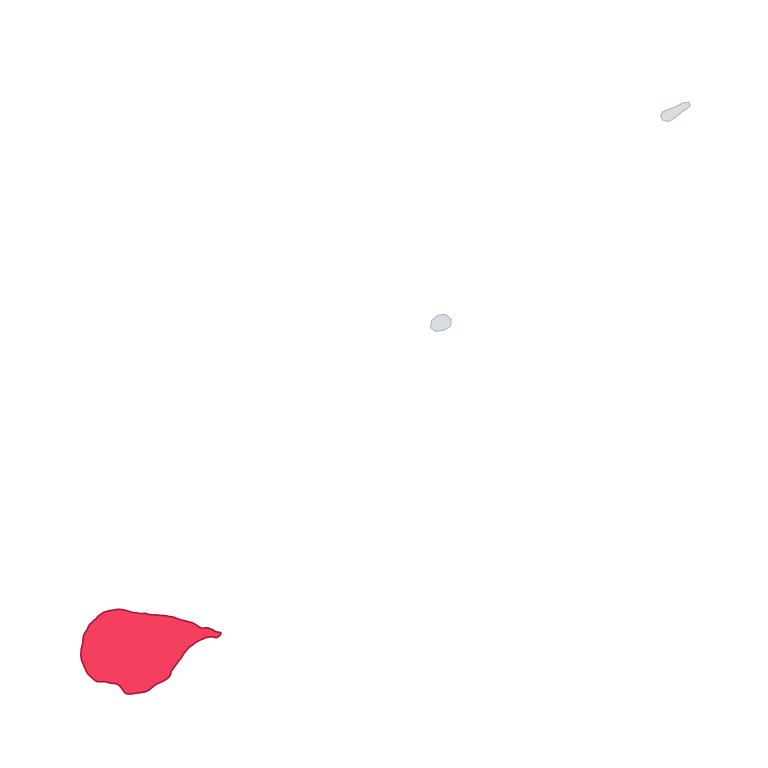 location of Hadhdhunmathee, Maldives, rotated 43°
{"feature_id": "70690204B84265710008928", "entity_name": "Hadhdhunmathee", "entity_type": "district", "adm_level": 2, "iso_a3": "MDV", "parent_name": "Maldives", "parent_adm1": "", "projection": "natural_earth1", "projection_center": [73.435, 1.956], "detail": "fine", "context": "in_parent", "style": "filled", "palette": "rose", "viewbox_px": 768, "rotation_deg": 43, "n_neighbors": 0, "source": "geoboundaries", "source_scale": "gbopen_adm2", "svg_char_len": 3718}
<svg xmlns="http://www.w3.org/2000/svg" viewBox="0 0 768 768"><g transform="rotate(43 384 384)"><path d="M413.3,-2.3L408.3,0.8L403.6,-0.4L402.0,-4.4L404.4,-10.2L408.3,-17.7L411.0,-25.8L415.0,-30.1L418.0,-28.7L417.7,-24.1L416.2,-17.9L415.3,-9.8L413.3,-2.3ZM385.7,310.4L379.5,311.1L375.7,305.3L376.5,297.0L381.3,291.2L388.9,290.8L393.3,296.0L391.0,304.1L385.7,310.4Z" fill="#d9dde1" stroke="#a8b0b8" stroke-width="1"/><path d="M366.8,798.1L368.8,798.0L370.4,798.1L372.0,798.1L373.3,798.0L374.9,797.9L376.4,797.6L377.8,796.8L378.9,796.0L380.0,794.8L381.2,793.8L382.4,792.5L383.7,791.6L385.3,790.8L386.4,790.2L387.9,789.5L389.3,788.4L390.8,787.1L392.0,786.4L393.4,785.6L395.4,785.1L397.3,785.1L399.0,785.5L400.4,785.7L402.1,786.0L403.5,786.4L405.0,786.6L406.7,786.3L408.9,784.7L411.4,782.2L412.3,780.9L413.1,779.7L413.8,778.9L414.7,777.9L415.5,777.0L416.7,775.5L417.7,774.1L418.8,772.7L419.8,771.1L420.6,768.9L420.9,767.8L421.2,766.5L421.2,764.7L421.6,763.6L421.6,762.3L421.8,761.3L422.1,759.9L422.6,758.2L423.1,756.9L423.7,755.5L424.3,754.2L424.7,753.3L425.0,752.3L425.5,750.8L425.8,749.8L426.2,748.4L426.5,747.0L426.6,746.0L426.7,745.3L426.6,744.2L426.4,742.9L425.7,741.5L425.2,740.9L424.7,739.7L424.2,738.3L424.1,736.7L423.9,735.3L423.7,734.3L423.6,733.2L423.4,731.4L423.3,730.2L423.0,728.9L422.9,727.6L422.8,726.2L422.7,724.6L422.6,723.0L422.4,722.3L422.1,720.6L421.6,718.2L421.4,716.8L421.3,715.6L421.2,713.6L421.1,711.8L421.0,710.5L421.2,709.6L421.3,707.9L421.6,707.0L421.9,705.6L422.2,704.1L422.4,702.0L422.7,700.7L423.1,699.7L423.6,698.3L424.1,697.0L424.7,695.6L425.2,694.6L425.7,693.7L426.2,692.3L426.6,691.3L427.4,690.1L428.0,689.3L428.5,688.7L429.0,688.1L429.5,687.4L430.1,686.8L430.6,686.3L431.4,685.7L432.1,685.4L432.7,685.1L433.4,684.7L433.8,684.4L434.3,683.9L434.8,683.3L435.0,682.7L435.2,682.1L435.3,681.1L435.4,680.3L435.4,679.6L435.4,678.9L435.3,678.5L435.1,678.0L435.0,677.7L434.8,677.5L434.5,677.2L434.2,677.2L433.8,677.3L433.5,677.4L433.1,677.7L432.6,678.1L432.1,678.4L431.4,679.0L430.4,679.5L429.5,679.9L428.5,680.2L427.3,680.3L425.9,680.6L424.8,681.1L423.2,681.7L422.3,682.0L421.3,682.6L420.5,683.2L420.0,683.6L419.5,684.3L418.9,685.2L418.3,685.7L417.7,686.4L416.9,687.1L416.0,687.4L415.3,687.6L414.4,687.8L412.0,688.1L410.8,688.3L409.5,688.5L408.1,688.8L406.9,689.2L405.7,689.8L404.0,690.6L402.4,691.5L401.1,692.3L399.6,693.0L397.9,694.0L396.3,695.1L394.5,695.8L393.0,696.4L391.9,696.9L390.4,697.4L388.8,698.1L387.5,699.1L385.8,700.3L384.1,701.2L382.7,702.1L381.3,703.1L379.6,704.4L378.3,705.8L377.1,706.5L375.6,707.5L374.3,708.6L373.3,709.7L372.2,710.7L371.2,711.4L369.9,712.4L369.3,712.9L368.5,713.2L367.7,713.5L366.7,714.0L365.1,715.0L364.3,716.0L363.4,717.1L362.7,717.7L361.9,718.2L360.9,718.9L359.0,720.1L357.4,721.4L356.0,722.5L355.1,722.9L354.0,723.5L352.8,724.0L351.3,724.8L349.8,725.5L348.4,726.3L347.1,726.9L345.6,728.1L344.4,729.0L343.1,730.1L342.2,731.2L341.0,732.8L340.0,734.1L339.0,735.5L338.4,736.1L337.3,737.4L336.7,738.5L335.8,740.1L335.0,741.5L334.6,742.4L334.2,743.7L333.9,745.4L333.6,746.8L333.4,748.0L333.3,749.1L333.3,750.4L333.4,751.4L333.4,752.7L333.1,754.2L333.0,755.5L333.0,756.8L332.9,758.4L332.6,759.7L332.7,760.8L333.4,763.7L333.7,764.4L334.4,765.8L334.6,767.9L334.7,768.9L334.9,770.0L335.2,771.1L335.6,772.3L336.1,773.4L336.5,774.1L337.2,775.0L338.0,776.1L338.5,776.8L339.5,777.9L340.4,779.1L341.0,780.1L341.5,781.1L341.7,781.5L342.4,782.7L342.9,783.7L343.6,784.8L344.4,785.7L345.2,786.6L345.7,787.4L346.2,788.0L347.1,789.0L348.1,789.9L349.0,790.7L350.3,791.6L351.2,792.4L352.5,792.9L354.2,793.6L355.8,794.4L357.0,795.1L358.5,795.7L360.0,796.3L361.2,796.8L362.5,797.3L364.1,797.8L365.5,798.0L366.8,798.1Z" fill="#f43f5e" stroke="#9f1239" stroke-width="1.5"/></g></svg>